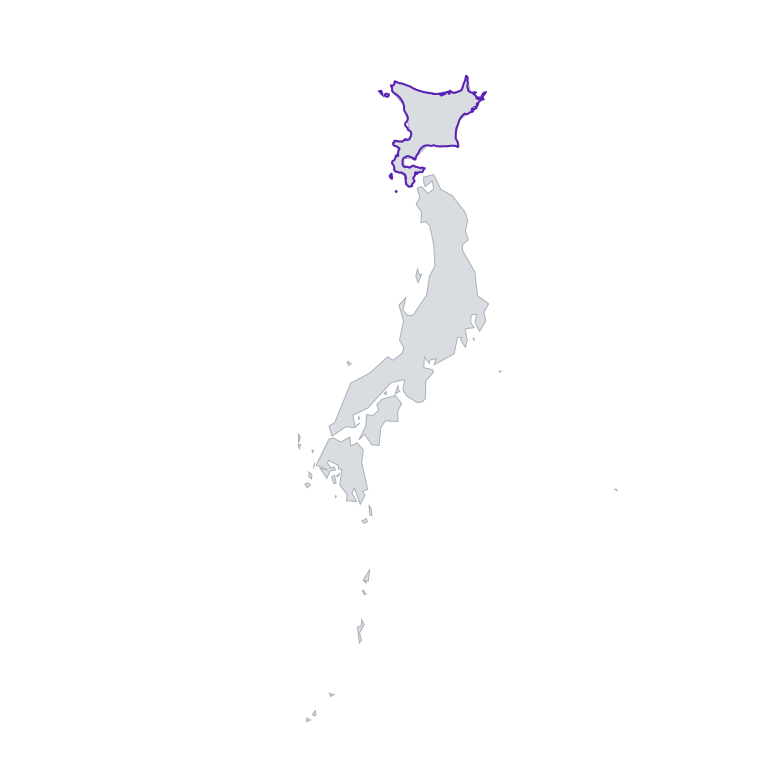 location of Hokkaidō within Japan, rotated 332°
{"feature_id": "JPN-1847", "entity_name": "Hokkaidō", "entity_type": "Circuit", "adm_level": 1, "iso_a3": "JPN", "parent_name": "Japan", "parent_adm1": "", "projection": "natural_earth1", "projection_center": [142.428, 43.461], "detail": "fine", "context": "in_parent", "style": "outline", "palette": "violet", "viewbox_px": 768, "rotation_deg": 332, "n_neighbors": 0, "source": "natural_earth", "source_scale": "10m", "svg_char_len": 9831}
<svg xmlns="http://www.w3.org/2000/svg" viewBox="0 0 768 768"><g transform="rotate(332 384 384)"><path d="M516.0,219.9L526.1,222.4L525.6,239.1L532.7,249.7L536.2,270.9L534.7,278.7L527.7,287.3L526.1,296.2L519.0,297.8L516.1,302.5L516.7,328.0L508.1,349.8L514.0,362.4L505.7,367.7L503.6,375.8L493.3,382.4L493.0,373.0L498.5,365.8L493.3,364.0L489.5,370.2L490.0,376.6L481.5,373.4L478.1,384.3L473.0,389.7L472.4,380.9L474.5,379.7L470.8,377.2L460.0,390.3L437.4,390.6L441.8,385.9L435.5,384.4L433.6,386.9L432.4,379.0L426.8,388.3L433.7,394.3L433.1,397.0L422.5,400.7L413.9,415.9L409.5,417.8L404.6,416.1L398.3,404.9L397.9,397.9L404.4,389.8L390.9,386.1L358.6,397.6L341.9,397.0L338.2,409.1L330.2,403.8L313.6,405.7L315.7,395.3L322.7,394.8L355.0,367.6L376.2,367.7L400.2,361.8L403.1,367.3L414.6,365.3L418.6,361.3L418.2,352.7L431.0,337.2L434.2,321.4L443.8,317.9L435.2,327.9L437.4,334.9L442.0,336.9L463.5,325.4L474.9,310.0L484.4,303.7L493.3,284.4L498.6,266.1L497.3,260.4L492.3,258.8L497.7,250.5L496.9,240.3L503.1,236.1L505.2,226.7L509.9,227.5L512.2,236.5L519.5,235.2L522.0,227.2L513.3,228.9L513.3,226.1L516.0,219.9ZM572.0,156.0L589.2,160.7L601.7,150.9L597.4,167.1L601.4,175.9L610.9,173.9L593.4,183.3L575.0,186.2L564.5,197.5L560.8,207.8L533.9,193.6L517.1,199.4L507.3,194.1L504.3,200.6L520.2,212.5L510.7,212.3L503.0,221.1L498.4,220.7L499.9,209.9L494.7,201.0L495.3,193.5L506.4,184.4L505.7,175.9L520.1,178.9L524.7,176.5L532.3,147.1L528.9,130.8L530.5,124.8L535.7,122.2L553.9,142.6L572.0,156.0ZM318.5,414.9L329.0,414.9L325.5,423.0L332.8,423.5L334.6,432.7L327.4,443.1L320.1,469.4L314.7,468.6L315.1,473.1L306.6,479.0L308.9,461.9L304.4,465.5L304.7,475.0L296.0,469.3L299.6,464.5L297.5,452.4L306.9,439.3L304.1,438.3L305.2,434.0L299.2,425.4L296.9,427.2L297.7,433.5L300.8,433.5L300.9,437.2L295.2,435.5L289.3,440.5L287.9,428.3L294.0,433.5L286.0,424.0L309.5,406.8L314.2,408.2L318.5,414.9ZM374.8,396.4L388.6,399.4L390.4,409.5L383.0,414.8L378.8,423.7L367.9,417.2L360.8,420.9L350.7,436.0L344.6,431.9L343.3,419.2L335.6,421.4L348.1,412.7L354.3,402.7L359.3,406.7L367.2,404.6L367.8,399.0L374.8,396.4ZM253.6,587.2L245.4,592.5L243.8,599.7L240.7,601.1L246.4,586.2L250.3,586.9L253.7,581.6L253.6,587.2ZM468.8,304.5L461.8,310.4L462.4,304.2L467.5,298.3L466.4,304.3L468.8,304.5ZM284.4,541.0L277.5,550.7L273.4,547.6L284.4,541.0ZM295.3,448.9L292.8,448.6L294.1,441.7L297.3,441.2L295.3,448.9ZM394.5,397.9L389.2,397.8L396.1,391.6L394.0,395.2L394.5,397.9ZM304.7,497.7L301.1,497.7L300.0,494.6L305.2,494.6L304.7,497.7ZM285.1,391.7L280.8,395.9L284.8,388.1L285.1,391.7ZM311.7,494.4L309.9,493.2L314.0,483.7L313.9,488.3L311.7,494.4ZM267.2,435.2L270.6,435.7L271.7,438.5L267.5,439.6L267.2,435.2ZM282.1,398.0L279.0,401.5L279.7,397.1L282.1,398.0ZM161.4,646.1L157.1,645.9L157.1,645.1L159.1,642.7L161.4,646.1ZM364.4,350.5L361.8,351.1L361.2,348.3L363.0,347.1L364.4,350.5ZM275.5,433.8L274.0,431.0L276.5,426.5L277.8,430.0L275.5,433.8ZM170.0,640.2L168.6,644.1L166.6,644.4L165.6,642.2L170.0,640.2ZM269.6,560.8L267.6,560.6L267.9,556.4L268.8,556.1L269.6,560.8ZM523.4,131.7L520.5,130.8L520.3,129.6L522.6,128.9L523.4,131.7ZM303.2,441.8L299.7,444.2L298.7,443.1L303.2,441.8ZM488.2,205.4L486.8,202.9L489.3,202.0L488.2,205.4ZM339.5,408.2L341.6,407.3L344.3,407.2L339.5,408.2ZM518.9,123.6L518.4,128.0L517.2,123.3L518.9,123.6ZM284.6,422.8L281.8,425.5L285.9,420.9L284.6,422.8ZM194.0,634.6L190.3,634.9L190.8,631.4L191.8,633.1L194.0,634.6ZM290.5,409.3L288.4,411.5L289.4,408.6L290.5,409.3ZM382.5,391.8L380.9,394.6L379.6,392.2L382.5,391.8ZM275.3,549.5L274.7,551.3L273.9,549.1L275.3,549.5ZM484.9,385.8L484.2,388.0L483.8,385.9L484.9,385.8ZM289.1,461.0L287.3,461.6L289.0,459.9L289.1,461.0ZM346.4,400.8L346.5,403.2L344.7,402.9L346.4,400.8ZM493.6,427.5L491.6,427.9L491.6,426.7L493.6,427.5ZM539.6,585.8L539.8,588.2L538.5,585.5L539.6,585.8Z" fill="#d9dde1" stroke="#a8b0b8" stroke-width="1"/><path d="M609.3,173.7L610.8,174.2L610.5,174.5L609.8,174.6L609.5,175.1L608.5,175.3L608.0,175.7L607.0,175.7L606.6,176.4L605.9,177.0L605.5,178.2L604.9,179.0L605.1,179.2L604.5,179.2L603.6,178.8L602.7,179.0L600.7,179.1L600.3,179.3L599.9,179.7L599.3,179.9L597.5,180.2L597.3,180.4L597.2,180.7L597.3,181.1L598.1,181.4L597.8,181.7L597.0,181.7L596.8,182.2L596.4,182.5L595.9,182.5L594.9,182.2L595.4,183.1L595.4,183.4L595.2,183.6L593.6,183.8L593.0,183.8L592.4,183.6L591.8,183.1L591.8,182.3L591.0,182.2L590.2,182.8L589.8,183.8L589.9,184.2L590.7,184.9L589.9,185.2L587.1,184.5L585.6,184.7L585.1,184.9L584.5,184.8L583.1,184.4L582.8,184.0L582.5,183.3L582.2,183.2L581.8,183.2L579.1,183.9L576.4,185.1L573.4,187.1L571.5,189.2L568.6,191.6L567.3,193.0L564.9,196.6L563.0,200.0L562.6,201.0L562.5,202.1L562.8,204.1L562.6,205.2L562.1,207.1L561.9,207.6L561.4,208.1L561.1,209.2L560.9,209.5L560.6,209.4L559.8,208.7L559.4,208.0L558.5,207.1L555.4,205.2L551.5,203.9L547.4,201.6L545.7,201.1L542.2,198.8L540.0,196.5L538.0,196.2L536.4,195.3L535.3,194.1L533.2,193.1L531.5,192.7L529.7,192.7L528.0,193.1L525.7,194.0L522.5,196.3L521.9,196.5L521.5,196.9L520.6,197.2L519.1,198.2L517.7,200.0L517.4,200.3L516.9,200.4L516.4,200.3L516.0,199.7L516.9,199.8L517.0,199.7L517.1,199.4L516.3,199.1L515.8,198.6L515.4,197.5L512.2,194.0L511.3,193.6L509.6,193.8L508.2,193.6L507.7,193.6L506.8,194.0L506.1,194.6L505.3,195.4L504.3,197.2L503.8,198.1L503.5,199.2L503.4,200.3L503.6,201.4L504.1,202.0L506.1,203.1L506.8,203.5L508.2,205.0L508.5,205.2L509.7,204.9L511.0,204.8L511.7,204.5L512.9,205.3L513.2,205.9L514.1,207.2L515.5,208.3L516.8,209.9L517.5,210.4L518.9,210.6L519.4,210.9L520.8,212.2L521.2,212.7L521.0,212.9L519.6,213.2L518.1,214.5L517.4,214.8L516.5,214.6L514.8,213.7L513.8,213.4L512.9,213.4L512.0,213.9L511.6,214.0L511.4,213.7L511.6,213.3L512.1,212.8L512.0,212.4L511.6,212.1L511.1,211.9L510.7,212.0L510.3,212.3L509.6,214.2L508.4,214.8L508.0,215.2L506.6,215.6L506.2,216.5L506.4,218.5L506.2,219.3L505.5,219.7L503.1,220.5L502.4,221.1L502.1,221.5L501.8,222.4L501.3,222.4L500.4,222.0L499.7,222.1L498.5,221.4L498.0,220.0L497.4,218.5L497.4,218.0L497.4,217.5L497.8,216.7L498.2,215.2L499.2,213.6L499.4,212.7L499.5,212.5L500.1,212.6L500.3,212.3L500.4,211.6L500.2,211.1L500.6,210.7L500.8,209.9L500.5,209.0L500.5,208.6L500.7,208.2L500.0,207.5L499.0,205.8L498.4,205.2L496.5,204.4L496.1,203.9L495.6,203.0L494.8,202.7L494.0,202.0L493.8,201.7L493.4,200.2L493.5,199.7L493.7,199.2L494.6,197.9L494.8,197.4L495.0,196.3L495.0,195.2L494.7,193.4L494.9,192.4L495.6,191.5L496.4,191.2L498.7,191.0L499.0,190.8L499.9,189.8L500.6,189.5L501.6,187.9L501.9,187.8L502.3,188.2L503.1,189.1L503.5,189.2L503.9,188.9L504.1,187.8L504.2,187.5L504.6,187.4L505.3,185.9L507.0,184.3L507.8,183.8L508.2,183.4L508.3,182.9L507.8,182.2L507.5,181.3L506.6,180.0L505.2,178.8L504.7,178.2L504.5,177.2L505.1,175.4L506.5,175.3L506.9,175.0L507.1,174.3L507.3,174.2L507.6,174.2L510.1,175.9L511.1,176.9L511.5,177.2L512.8,177.8L513.5,178.5L513.8,178.6L515.8,178.3L517.2,177.8L517.7,177.7L517.9,177.8L517.5,178.6L517.9,179.0L518.8,179.2L520.7,179.9L521.3,179.8L521.9,179.5L523.3,178.5L524.6,177.2L525.2,176.5L525.7,175.5L526.0,174.5L526.0,173.3L525.7,172.7L524.7,171.2L524.5,170.5L524.5,170.0L525.1,169.2L524.5,168.0L524.6,167.5L524.2,166.5L524.0,165.9L524.4,164.9L525.0,164.0L525.7,163.4L526.2,163.2L527.0,163.1L527.7,162.8L528.8,161.9L529.4,161.3L529.9,160.4L530.3,159.3L530.5,157.3L530.2,152.2L530.4,151.3L532.0,148.6L532.9,144.4L532.9,143.3L532.7,140.3L532.1,137.3L531.5,135.7L529.0,130.6L528.7,129.5L528.9,128.5L529.6,127.6L529.8,126.9L530.2,126.3L530.2,125.9L530.0,124.7L530.2,123.9L530.5,123.6L530.7,123.8L530.8,124.0L531.0,124.8L533.5,124.3L534.5,123.7L534.6,122.8L534.9,122.4L535.4,122.0L535.8,121.9L536.1,122.2L536.7,123.2L537.2,123.5L538.0,124.8L538.7,125.5L540.4,126.6L541.1,127.3L547.2,134.1L549.0,137.4L549.6,137.8L550.6,139.3L554.3,143.1L554.9,143.4L555.7,144.6L556.9,145.4L558.4,146.8L560.0,148.0L560.7,148.3L561.8,149.3L562.8,149.6L563.2,150.5L563.9,151.2L566.7,152.7L571.1,154.3L571.1,154.5L569.5,154.3L569.2,154.5L569.9,155.2L570.1,156.1L570.4,156.0L570.9,156.4L571.2,156.4L574.2,156.5L574.7,156.0L575.3,155.6L577.7,155.8L578.7,156.3L578.1,156.6L577.8,156.9L577.4,158.1L578.3,158.4L578.6,158.3L579.0,157.7L579.5,156.2L580.0,156.0L580.4,156.3L580.3,157.0L580.7,158.0L581.2,158.3L581.5,159.1L581.7,159.3L582.7,160.0L583.7,160.3L586.4,160.7L589.7,161.0L590.6,160.8L591.4,160.3L593.6,158.1L595.6,155.9L596.9,155.1L597.8,154.3L598.5,153.9L599.4,152.3L600.5,151.2L600.8,150.6L601.1,150.5L601.3,151.0L601.8,151.8L601.7,152.8L601.3,153.7L600.2,155.1L600.0,155.6L599.8,156.8L599.7,157.2L597.9,159.3L597.4,160.0L596.7,161.8L596.9,162.3L596.8,162.8L596.1,164.4L596.2,164.9L597.0,166.5L598.5,168.1L599.0,168.9L599.3,170.1L599.5,170.3L599.9,171.3L600.4,173.4L600.8,174.3L601.5,175.2L602.4,175.8L601.8,175.9L600.6,175.0L600.0,174.8L599.9,175.0L599.8,175.3L599.9,175.6L600.9,175.9L601.0,176.1L600.7,176.2L601.0,176.6L602.3,177.0L603.9,177.1L604.8,177.7L604.9,177.4L604.5,177.0L604.4,176.7L606.1,175.1L607.1,174.7L607.4,174.2L607.6,174.0L608.8,174.0L609.3,173.7ZM524.0,130.4L524.2,130.7L523.8,131.2L523.7,131.5L522.9,132.1L522.5,132.2L521.2,131.5L520.6,131.0L520.2,130.4L520.5,130.0L520.3,129.5L520.9,128.7L521.6,128.5L522.2,128.7L522.9,129.1L524.0,130.4ZM489.1,201.8L489.4,202.1L489.2,202.6L488.6,203.5L488.3,205.3L488.0,205.8L487.3,206.5L487.1,206.4L486.8,206.0L486.8,205.7L486.7,205.3L486.7,204.8L486.4,204.0L486.7,203.1L486.9,202.7L487.2,202.5L488.1,202.3L489.1,201.8ZM518.8,123.6L519.1,123.8L519.2,124.3L518.9,126.7L518.4,128.1L518.3,127.8L518.4,127.5L517.7,126.1L517.6,125.6L517.8,124.4L517.7,124.1L517.1,123.3L517.5,123.2L517.9,123.9L518.1,123.9L518.8,123.6ZM600.8,168.8L601.7,169.5L601.8,169.8L600.8,170.1L600.5,170.5L600.2,170.7L600.1,170.2L600.3,169.9L601.2,169.5L598.7,168.3L600.8,168.8ZM573.1,154.8L573.7,155.2L574.9,155.3L574.2,155.5L573.4,155.3L571.8,154.8L571.8,154.6L572.2,154.6L573.1,154.8ZM485.5,219.5L485.5,219.9L485.0,220.2L484.9,220.1L484.8,219.8L484.9,219.4L485.5,219.5Z" fill="none" stroke="#5b21b6" stroke-width="2"/></g></svg>